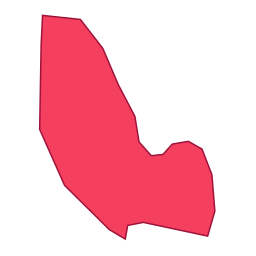 SVG path tracing the border of Gjorče Petrov, rotated 181°
{"feature_id": "MKD-2948", "entity_name": "Gjorče Petrov", "entity_type": "Municipality", "adm_level": 1, "iso_a3": "MKD", "parent_name": "North Macedonia", "parent_adm1": "", "projection": "equal_earth", "projection_center": [21.302, 42.042], "detail": "fine", "context": "isolated", "style": "filled", "palette": "rose", "viewbox_px": 256, "rotation_deg": 181, "n_neighbors": 0, "source": "natural_earth", "source_scale": "10m", "svg_char_len": 443}
<svg xmlns="http://www.w3.org/2000/svg" viewBox="0 0 256 256"><g transform="rotate(181 128 128)"><path d="M111.0,33.9L126.6,30.6L128.8,16.9L144.8,26.0L190.4,69.5L216.3,125.1L216.3,152.6L216.3,166.3L216.3,209.8L215.4,239.1L177.5,235.7L154.6,207.2L138.5,171.2L121.3,139.7L116.7,114.2L104.2,100.7L92.6,102.2L83.4,112.7L67.4,115.7L53.6,108.2L43.3,82.7L39.7,46.4L46.5,21.3L111.0,33.9Z" fill="#f43f5e" stroke="#9f1239" stroke-width="1.5"/></g></svg>